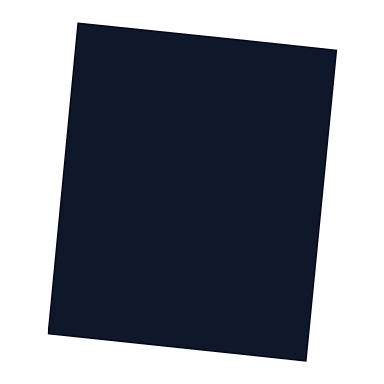 the district of Sullivan, Missouri, United States of America, rotated 96°
{"feature_id": "52423323B80963184454331", "entity_name": "Sullivan", "entity_type": "district", "adm_level": 2, "iso_a3": "USA", "parent_name": "United States of America", "parent_adm1": "Missouri", "projection": "robinson", "projection_center": [-93.116, 40.21], "detail": "fine", "context": "isolated", "style": "filled", "palette": "ink", "viewbox_px": 384, "rotation_deg": 96, "n_neighbors": 0, "source": "geoboundaries", "source_scale": "gbopen_adm2", "svg_char_len": 282}
<svg xmlns="http://www.w3.org/2000/svg" viewBox="0 0 384 384"><g transform="rotate(96 192 192)"><path d="M38.9,322.9L321.2,320.3L342.5,320.2L347.9,319.8L348.0,93.1L348.1,61.1L36.1,63.2L35.9,149.8L36.1,322.9L38.9,322.9Z" fill="#0f172a" stroke="#020617" stroke-width="1.5"/></g></svg>